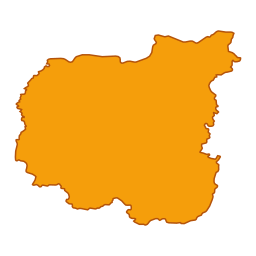 SVG path tracing the border of Chernihiv
{"feature_id": "UKR-285", "entity_name": "Chernihiv", "entity_type": "Region", "adm_level": 1, "iso_a3": "UKR", "parent_name": "Ukraine", "parent_adm1": "", "projection": "equal_earth", "projection_center": [32.067, 51.356], "detail": "fine", "context": "isolated", "style": "filled", "palette": "amber", "viewbox_px": 256, "rotation_deg": 0, "n_neighbors": 0, "source": "natural_earth", "source_scale": "10m", "svg_char_len": 5775}
<svg xmlns="http://www.w3.org/2000/svg" viewBox="0 0 256 256"><path d="M89.2,54.8L102.3,56.7L115.6,56.1L118.1,56.5L119.8,57.7L120.2,59.3L120.2,61.0L120.6,62.5L121.9,63.2L123.2,63.0L127.2,61.4L130.0,61.2L134.5,62.1L135.9,62.1L146.3,58.3L149.6,56.2L151.8,52.5L152.7,46.8L153.4,45.2L155.9,43.6L156.3,42.5L156.0,41.7L154.6,39.7L154.2,38.7L155.3,35.5L158.3,35.0L164.8,36.8L168.4,36.0L183.2,42.0L185.5,42.0L190.0,41.1L192.2,41.1L193.4,41.6L195.7,43.0L197.0,43.1L198.4,42.5L206.1,37.2L207.5,36.7L208.1,36.7L209.1,37.1L209.8,37.0L210.4,36.5L211.3,35.2L213.4,34.4L216.3,31.8L217.5,31.2L218.6,31.0L225.9,32.1L230.8,32.1L232.1,32.3L233.9,33.3L233.1,35.4L232.7,37.5L231.4,39.2L230.9,42.4L230.1,43.3L228.2,44.9L227.8,46.0L228.5,51.4L232.4,52.7L234.2,54.0L235.5,55.5L236.4,56.2L237.4,57.5L240.5,57.9L240.6,58.5L240.4,59.6L239.9,60.6L239.5,61.0L237.4,61.6L235.6,61.8L234.2,61.6L233.2,60.4L232.6,60.5L232.1,61.5L232.1,65.0L231.6,66.0L230.7,66.8L230.6,67.1L231.1,67.3L232.3,68.9L232.5,69.9L231.7,71.0L227.4,72.1L225.7,72.3L224.6,72.7L221.1,74.9L217.7,74.7L216.2,75.0L216.7,76.2L216.7,76.9L214.8,77.3L213.3,80.1L211.8,80.8L210.8,81.6L209.6,83.4L208.8,85.6L209.3,87.6L210.6,90.5L211.1,91.3L211.6,91.9L215.8,95.1L215.7,96.2L214.6,97.5L214.4,98.5L214.6,99.4L216.1,100.3L216.5,104.5L216.8,105.0L217.8,105.7L218.0,106.2L217.9,106.5L216.2,107.0L215.9,107.3L215.7,107.9L215.8,109.1L216.4,110.2L218.1,111.5L218.5,112.0L216.9,113.7L213.6,112.6L213.5,112.8L214.2,114.7L214.2,115.5L213.5,116.3L212.8,116.7L212.6,117.1L212.5,117.8L212.9,119.3L214.3,121.1L213.5,122.3L213.4,122.8L213.7,124.6L213.1,125.6L212.1,126.1L210.5,126.3L209.0,126.2L208.1,125.6L207.1,123.8L206.0,123.4L205.3,123.7L204.5,124.9L204.4,125.2L204.6,125.7L206.1,128.5L206.5,128.7L208.1,128.8L208.6,129.3L208.6,130.1L208.2,132.0L208.5,132.5L210.0,133.8L210.0,134.1L209.4,135.2L209.3,135.7L209.7,136.9L209.8,137.6L209.1,138.2L207.0,139.1L206.7,140.0L206.8,141.7L206.6,142.5L206.3,142.8L205.9,143.0L202.0,144.0L201.7,144.4L201.6,145.0L201.6,146.3L202.3,148.1L201.9,149.1L200.1,151.6L200.0,152.2L200.4,152.4L203.3,153.1L206.2,154.2L207.1,154.3L209.0,154.0L209.5,154.4L209.5,155.2L208.0,156.2L207.9,156.5L207.9,156.8L208.6,157.4L211.0,158.4L214.9,159.1L215.4,159.1L216.0,158.6L217.5,156.0L217.7,155.7L219.9,156.2L220.2,156.5L220.3,156.9L218.6,159.7L216.4,161.8L216.4,162.5L216.6,163.0L218.7,164.7L218.8,165.2L218.6,166.2L218.7,169.5L218.3,170.7L217.7,171.6L216.4,172.2L215.9,173.0L214.2,178.5L214.1,179.5L214.0,181.3L214.3,183.0L215.3,184.2L217.2,185.3L217.5,185.7L217.5,186.3L217.3,186.9L216.6,187.7L215.5,188.4L214.7,189.5L214.6,192.0L214.3,192.8L212.7,193.9L212.5,194.3L213.0,196.5L212.8,197.7L212.1,199.9L209.6,206.1L206.7,210.6L205.6,211.7L202.8,212.9L202.0,213.7L201.5,214.9L201.2,215.2L199.5,215.8L197.8,216.6L196.9,217.5L196.1,219.4L195.3,220.0L190.6,220.7L184.2,223.6L181.4,223.5L181.0,223.4L180.7,222.8L180.3,222.6L176.6,223.1L168.8,222.8L166.8,222.2L166.4,221.6L165.5,219.3L165.0,218.9L164.1,218.7L162.4,218.8L160.1,220.2L159.7,220.3L159.4,220.1L158.1,218.9L157.3,218.6L155.4,218.7L150.6,220.5L149.5,221.5L148.0,223.5L147.2,224.3L145.7,225.0L144.8,224.9L143.8,224.3L139.3,224.3L134.6,222.0L134.2,221.6L133.7,221.1L135.3,219.7L135.5,219.4L135.5,218.9L134.9,218.5L131.9,218.4L130.2,217.6L129.5,216.8L129.2,214.5L128.7,214.0L126.9,212.7L126.6,212.2L126.6,211.7L126.7,211.4L128.1,209.8L128.7,209.6L130.4,209.8L131.0,209.4L131.2,208.7L131.3,207.4L131.1,206.0L130.8,205.4L130.3,205.1L127.1,205.2L125.7,205.0L124.4,203.8L121.7,200.8L117.7,198.1L117.0,197.8L115.3,198.0L113.7,198.4L113.1,198.7L112.9,200.1L112.1,201.1L112.1,202.4L110.9,203.0L109.4,204.7L108.6,204.8L105.6,204.6L104.7,204.7L104.1,205.0L102.7,206.2L100.8,206.7L99.8,207.7L99.1,208.1L97.3,208.1L96.0,208.8L95.2,208.9L90.2,208.1L89.5,208.3L87.7,209.8L81.7,208.6L80.1,208.4L79.1,208.5L77.4,209.0L75.7,208.2L73.3,207.8L72.6,207.1L72.3,206.5L72.4,205.2L72.1,204.2L71.7,204.0L69.1,203.8L66.5,201.8L66.1,201.3L66.1,200.6L66.6,199.5L67.6,199.5L68.3,199.2L69.1,197.9L69.3,196.8L68.7,194.4L68.1,193.3L67.6,192.8L64.7,190.5L64.6,189.0L64.3,188.7L61.6,188.4L61.1,188.2L60.9,187.8L61.2,186.4L61.2,186.1L60.6,185.6L59.7,184.2L59.3,184.0L58.4,183.8L56.9,184.7L55.7,185.0L49.7,184.8L49.0,185.0L47.8,185.9L47.2,186.0L42.8,185.1L42.0,185.4L41.1,186.6L40.0,186.9L39.3,186.6L38.3,185.5L36.8,184.7L36.3,184.6L34.1,185.1L33.2,185.1L32.5,184.6L32.7,184.0L33.9,182.1L35.2,179.7L35.9,176.6L34.9,175.7L32.4,174.1L27.6,172.6L26.4,171.9L26.1,171.3L26.1,170.2L26.7,168.1L27.1,165.6L26.7,163.9L26.0,162.9L24.2,161.5L23.4,161.2L20.7,160.8L18.9,159.9L18.3,160.1L17.2,160.7L16.3,160.7L16.0,160.5L15.6,159.9L15.4,157.0L15.7,151.1L17.2,145.0L17.3,144.2L17.0,142.8L16.1,140.9L16.1,139.9L16.8,139.6L18.7,139.7L19.2,139.3L19.3,138.9L19.1,138.2L19.3,135.8L20.8,133.8L21.1,132.4L23.4,131.0L25.5,129.3L25.1,126.6L26.1,126.3L26.0,125.8L25.1,124.7L24.4,122.0L24.1,121.3L23.1,120.8L21.8,120.5L21.5,119.4L21.7,118.2L22.2,117.5L23.1,117.3L24.1,117.4L24.1,116.7L22.5,116.0L21.9,115.3L21.5,114.2L22.0,113.4L21.7,112.7L20.0,111.5L21.0,110.6L21.6,109.5L20.3,109.1L17.8,108.5L17.0,107.6L17.0,107.0L17.9,106.4L18.5,106.3L18.5,105.7L16.4,104.4L16.4,103.7L18.6,102.1L19.6,101.8L19.1,100.5L20.7,99.1L20.2,97.8L21.1,95.8L20.7,94.5L21.6,94.3L24.0,94.2L24.8,93.9L25.3,93.0L25.6,90.7L26.5,90.0L26.5,89.3L25.9,89.2L24.4,88.6L25.3,87.8L27.0,86.9L28.4,85.9L28.3,84.4L27.8,83.5L27.7,83.1L30.8,79.8L31.7,78.6L33.3,77.9L33.5,76.2L33.8,75.6L34.4,75.5L36.7,75.6L37.3,75.4L39.0,73.7L39.0,73.0L38.6,72.6L38.5,71.7L40.6,71.1L42.6,70.0L44.2,68.4L44.4,67.1L45.6,66.1L46.0,65.9L46.5,66.1L47.0,66.6L48.9,66.5L49.6,65.3L48.9,64.0L46.7,63.8L47.7,61.9L47.3,60.3L48.5,59.3L50.3,58.8L60.7,58.4L63.6,58.7L65.4,59.5L68.8,61.8L70.6,62.3L72.4,61.7L73.6,60.1L74.8,58.2L76.3,56.7L82.3,54.8L89.2,54.8Z" fill="#f59e0b" stroke="#b45309" stroke-width="1.5"/></svg>